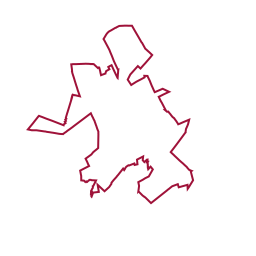 the district of Zumpango, México, Mexico, rotated 226°
{"feature_id": "50627088B21767491225911", "entity_name": "Zumpango", "entity_type": "district", "adm_level": 2, "iso_a3": "MEX", "parent_name": "Mexico", "parent_adm1": "México", "projection": "orthographic", "projection_center": [-99.071, 19.813], "detail": "fine", "context": "isolated", "style": "outline", "palette": "rose", "viewbox_px": 256, "rotation_deg": 226, "n_neighbors": 0, "source": "geoboundaries", "source_scale": "gbopen_adm2", "svg_char_len": 5475}
<svg xmlns="http://www.w3.org/2000/svg" viewBox="0 0 256 256"><g transform="rotate(226 128 128)"><path d="M198.6,72.4L198.6,71.7L198.0,67.2L197.8,65.7L197.4,62.9L196.5,55.0L193.4,57.1L193.2,57.2L192.8,57.7L192.7,57.7L189.8,60.7L187.6,62.4L183.6,65.5L182.8,66.2L181.8,66.8L180.0,68.2L179.9,68.3L177.1,70.4L176.9,70.6L176.2,71.1L175.4,71.7L173.2,73.3L172.2,74.0L171.3,74.7L170.4,75.5L169.6,76.2L168.9,76.9L168.9,77.0L168.7,77.1L168.7,77.7L168.5,79.3L168.2,80.9L168.1,82.5L167.7,84.9L167.5,86.4L167.4,87.1L167.1,89.3L167.1,89.6L164.4,111.5L163.3,111.1L161.4,110.4L159.9,110.0L159.3,109.8L158.3,109.4L157.2,109.1L156.2,108.8L155.9,108.6L155.5,108.4L155.0,108.2L154.4,107.9L153.8,107.7L153.1,107.3L152.4,107.0L151.4,106.6L150.4,106.1L149.1,105.5L149.0,105.4L146.0,104.2L145.3,103.5L144.6,102.8L144.5,102.7L144.2,102.5L143.2,101.5L138.8,97.1L138.7,97.0L137.3,95.6L136.6,94.9L135.5,93.8L134.3,92.6L134.4,90.6L134.7,87.6L134.7,86.8L134.8,86.0L134.6,84.9L134.5,83.8L134.4,83.5L134.4,83.4L134.4,83.2L134.9,79.7L135.0,79.0L135.4,76.2L131.7,75.0L129.7,74.2L129.0,74.0L127.7,73.6L130.6,64.0L127.1,61.7L126.1,61.1L122.8,58.0L122.4,58.4L121.8,58.8L121.5,59.0L121.1,59.4L120.9,59.7L120.4,59.8L120.1,59.9L119.7,59.8L119.3,59.7L119.2,59.8L118.8,60.0L118.4,60.2L118.2,60.2L118.1,60.8L118.2,61.0L117.6,61.2L117.6,61.6L117.6,62.3L117.5,63.2L117.4,63.6L117.5,64.2L116.4,65.3L115.8,65.5L112.5,68.6L110.5,63.0L110.6,62.2L110.2,62.0L109.9,61.7L109.2,60.7L109.0,59.3L108.6,58.9L108.5,58.7L108.4,57.9L107.5,57.8L107.4,57.8L107.9,57.2L107.5,56.8L106.8,57.4L106.0,56.7L106.4,56.4L106.4,55.6L105.8,55.0L104.8,55.6L104.6,55.1L104.3,54.7L104.1,54.1L103.9,54.1L105.4,57.3L105.8,58.0L102.3,62.6L108.2,66.7L98.8,67.2L98.6,73.5L98.7,73.8L98.8,74.5L99.0,75.3L99.3,77.1L100.1,78.1L100.5,81.2L100.8,85.7L101.0,86.7L101.1,88.2L102.2,96.3L100.4,96.0L100.6,97.0L101.2,98.7L101.3,100.1L100.9,102.4L100.3,102.7L98.1,107.9L97.5,107.6L96.8,107.1L95.3,109.6L99.0,112.5L97.0,119.1L94.6,116.2L92.1,116.1L92.1,119.6L91.8,120.0L91.0,118.9L91.0,119.4L90.7,119.1L90.2,118.4L90.0,118.7L89.9,118.8L89.7,118.0L89.6,117.9L89.4,118.1L88.9,117.6L87.9,116.7L88.1,117.3L88.0,117.1L87.9,116.8L86.9,115.9L86.4,115.7L86.2,115.4L85.7,115.3L85.7,115.0L85.0,114.3L84.3,113.9L84.5,117.4L81.0,117.1L78.7,109.3L79.9,105.6L80.5,102.7L81.9,97.8L78.7,95.8L75.2,91.4L75.2,91.5L69.1,91.6L67.2,92.0L67.0,91.9L66.2,92.2L58.0,92.4L56.0,112.8L56.0,113.2L55.9,114.3L55.7,115.6L55.7,116.0L55.6,117.2L55.4,119.3L53.0,124.8L50.1,123.3L45.8,131.3L42.8,128.7L43.1,130.3L45.2,138.5L53.0,142.9L52.9,144.0L53.1,143.9L55.6,142.9L56.8,143.0L57.8,143.0L59.1,143.2L62.0,143.0L64.5,142.9L66.3,142.7L68.9,142.5L69.1,142.5L71.6,142.4L73.8,142.3L75.6,142.2L76.9,142.2L80.1,142.0L81.0,142.0L81.5,145.5L82.4,151.4L84.2,162.3L84.8,165.8L84.8,166.4L85.2,166.7L87.0,169.0L88.2,172.0L89.0,173.8L91.3,177.5L91.5,177.8L93.9,171.6L95.1,168.3L95.8,166.7L96.7,167.0L97.5,167.1L98.4,167.3L99.0,167.4L99.4,167.5L100.3,167.6L101.8,167.8L102.8,168.0L103.0,167.9L103.3,168.0L103.7,167.9L104.1,167.9L104.4,167.8L104.6,167.7L104.9,167.7L105.2,167.7L105.7,167.8L106.2,167.8L107.2,167.9L107.9,168.0L108.5,168.1L109.0,168.1L110.5,168.2L110.9,168.3L111.5,168.3L112.0,168.3L112.5,167.4L115.6,167.1L115.3,167.7L118.2,168.5L119.1,168.8L120.1,169.1L121.5,169.5L122.4,169.8L124.2,170.2L124.9,170.4L126.0,170.7L127.1,171.1L129.1,171.8L128.8,172.6L127.9,175.5L127.7,176.2L125.5,182.7L129.2,181.3L129.8,181.1L130.3,180.9L130.8,180.7L131.6,180.4L131.9,180.3L132.3,180.0L132.3,179.7L132.7,178.7L134.0,175.2L134.4,174.2L135.1,172.3L135.2,172.1L137.9,173.0L138.9,173.4L139.8,173.7L140.3,173.9L141.8,174.4L143.3,175.0L145.5,175.9L146.9,176.5L148.2,176.9L151.3,177.9L151.9,178.2L154.2,176.0L152.9,175.1L154.1,170.8L154.8,168.5L155.5,166.1L156.3,162.2L156.7,160.2L163.0,161.4L164.9,166.8L165.7,178.1L162.1,178.3L162.4,181.9L162.5,183.4L162.6,185.3L163.3,193.1L163.7,196.1L168.4,195.9L168.9,195.8L170.0,195.8L170.2,195.7L170.7,195.7L171.3,195.7L172.1,195.6L172.4,195.6L173.0,195.5L173.4,195.6L174.1,195.8L179.6,197.3L180.1,197.2L186.0,198.7L194.2,200.7L198.8,201.9L204.0,196.6L207.5,192.6L208.4,189.7L208.4,189.3L208.5,189.2L208.9,188.2L209.3,186.5L210.1,183.2L210.6,181.6L210.6,181.1L210.7,180.8L210.6,178.4L210.4,177.6L210.3,177.0L210.1,176.3L209.7,174.9L209.0,172.2L207.3,171.8L199.6,169.6L197.2,168.9L195.5,168.2L194.8,167.9L191.4,166.6L190.4,166.2L189.2,165.7L185.9,164.3L177.1,161.3L176.8,161.7L176.6,161.4L176.0,160.7L174.1,158.6L173.5,157.8L172.9,157.2L171.2,155.3L171.5,155.3L172.0,155.5L176.0,156.8L181.3,158.6L184.6,159.8L185.0,158.5L185.3,157.5L185.6,156.2L183.2,155.5L183.6,153.8L184.1,151.8L183.1,149.9L183.1,149.6L182.9,149.5L183.2,148.8L183.5,148.1L184.1,146.8L184.7,145.3L186.6,146.4L188.6,147.7L189.6,148.2L190.0,148.5L191.5,149.3L191.8,149.2L192.1,148.4L192.1,148.0L197.8,147.7L198.4,147.2L198.5,147.1L198.7,146.9L198.7,146.7L198.8,146.6L199.2,146.4L199.4,146.2L199.6,145.8L199.8,145.8L202.0,143.8L203.7,142.1L210.3,134.7L210.6,134.4L212.3,132.6L212.7,132.0L213.2,131.4L209.5,128.7L208.5,127.9L207.5,127.1L207.5,126.9L206.9,126.6L206.3,126.2L205.5,125.8L201.8,124.0L200.4,123.3L198.7,122.4L195.9,121.0L194.3,120.2L192.2,119.2L190.3,118.2L184.2,115.4L188.8,112.4L188.9,112.1L190.4,111.4L190.3,110.8L189.5,109.5L189.5,110.1L182.6,97.7L181.8,96.2L181.3,95.4L181.1,94.9L178.5,90.3L177.5,90.1L177.6,88.7L176.2,88.3L176.4,86.8L174.9,86.5L175.1,85.1L175.2,84.3L174.7,83.6L185.8,78.5L190.3,76.3L191.3,75.8L195.5,73.9L197.1,73.1L198.6,72.4Z" fill="none" stroke="#9f1239" stroke-width="2"/></g></svg>